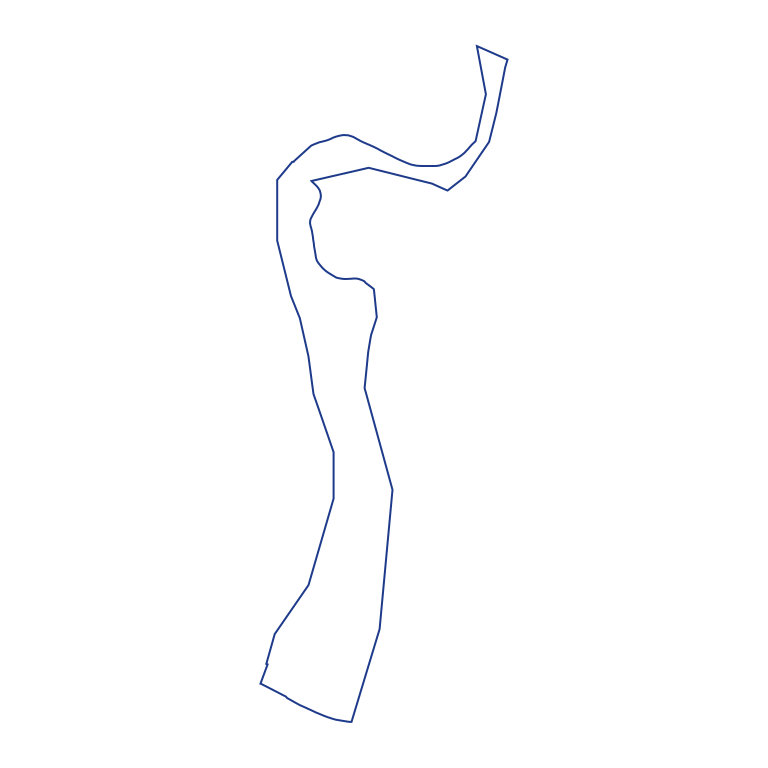 the district of Dennery By Pass, Dennery, Saint Lucia
{"feature_id": "8701671B7729903902665", "entity_name": "Dennery By Pass", "entity_type": "district", "adm_level": 2, "iso_a3": "LCA", "parent_name": "Saint Lucia", "parent_adm1": "Dennery", "projection": "albers", "projection_center": [-60.894, 13.912], "detail": "fine", "context": "isolated", "style": "outline", "palette": "blue", "viewbox_px": 768, "rotation_deg": 0, "n_neighbors": 0, "source": "geoboundaries", "source_scale": "gbopen_adm2", "svg_char_len": 3517}
<svg xmlns="http://www.w3.org/2000/svg" viewBox="0 0 768 768"><path d="M447.6,190.5L465.5,176.5L475.5,161.8L489.1,141.9L496.3,113.1L498.4,102.5L505.2,67.4L506.9,61.7L507.5,59.6L478.1,46.6L476.9,46.1L485.9,94.3L475.6,141.1L474.4,142.3L472.2,144.3L471.0,145.6L470.3,146.4L468.4,148.6L467.9,149.2L466.5,150.6L464.6,152.7L462.2,154.7L459.7,156.6L457.3,158.0L454.8,159.2L451.7,160.8L449.4,162.0L446.7,163.2L445.9,163.5L444.0,164.1L441.1,165.0L439.4,165.5L438.4,165.7L435.6,166.0L433.5,166.0L432.0,166.0L431.2,166.0L429.9,166.0L428.6,166.0L427.3,166.0L425.4,166.0L422.5,166.0L419.5,165.9L416.6,165.7L413.6,165.1L412.1,164.8L410.8,164.5L408.2,163.5L406.9,163.0L405.5,162.4L404.1,161.8L402.9,161.3L400.9,160.4L400.1,160.1L397.3,158.8L394.5,157.4L392.2,156.2L389.5,154.9L386.8,153.6L384.2,152.3L382.9,151.6L381.7,151.0L379.9,150.1L378.6,149.3L376.7,148.3L374.2,147.1L371.4,145.8L368.7,144.6L367.4,144.1L366.1,143.5L363.5,142.4L360.8,141.1L358.4,139.8L357.1,139.1L356.0,138.4L354.3,137.5L353.5,137.0L350.9,136.1L348.2,135.3L344.7,135.1L343.9,135.0L341.1,135.4L338.3,136.0L335.5,136.8L332.8,137.8L331.7,138.4L330.0,139.2L328.4,139.8L327.4,140.2L324.7,141.0L323.4,141.3L321.4,141.8L319.2,142.3L316.5,143.4L313.9,144.4L311.1,145.7L293.9,161.3L293.6,161.9L292.2,161.9L277.2,179.9L277.2,240.6L291.0,296.1L299.0,316.1L299.8,318.0L307.5,352.1L308.1,354.8L308.5,356.7L310.6,372.4L311.3,377.8L313.5,394.1L314.8,397.8L318.4,408.1L327.2,433.6L333.6,452.2L333.6,498.6L308.5,585.1L274.7,634.1L271.7,644.8L267.0,661.5L266.7,662.7L266.3,663.9L267.6,664.4L267.3,665.2L261.6,680.6L261.0,682.2L260.5,683.7L261.3,683.9L262.9,684.8L266.3,686.5L273.1,690.0L276.4,691.7L277.4,692.2L279.9,693.5L283.3,695.3L284.2,695.7L285.9,696.6L286.5,697.3L287.2,698.1L291.2,700.3L292.2,700.9L296.9,703.5L298.1,704.2L299.1,704.7L300.0,705.2L300.7,705.5L301.9,706.0L302.7,706.4L304.1,707.0L306.2,707.9L307.5,708.6L309.0,709.2L309.6,709.5L310.4,709.9L311.2,710.2L312.8,711.0L314.6,711.8L315.5,712.3L316.3,712.6L317.5,713.1L318.5,713.5L319.2,713.8L320.1,714.2L320.9,714.5L322.5,715.2L323.3,715.5L324.0,715.8L324.9,716.2L326.0,716.5L327.7,717.2L329.3,717.7L330.3,718.0L331.3,718.4L332.1,718.6L333.3,719.0L334.4,719.3L335.5,719.6L336.3,719.8L337.1,719.9L338.9,720.2L340.4,720.5L341.3,720.6L342.5,720.8L343.6,721.0L345.7,721.3L347.5,721.6L348.2,721.7L349.0,721.8L349.7,721.9L351.5,721.9L379.6,629.1L389.2,525.4L392.5,489.8L365.7,392.0L365.4,391.0L364.6,388.1L366.7,367.3L367.4,360.2L367.6,358.1L368.2,352.0L370.3,339.3L371.1,335.0L376.8,317.3L374.0,290.2L373.7,289.0L371.8,287.5L365.8,283.0L365.3,282.5L364.4,281.3L363.7,281.0L362.6,280.4L361.9,280.1L359.1,279.1L356.4,278.5L355.4,278.5L353.6,278.5L350.7,278.8L350.0,278.8L347.9,278.9L345.1,279.0L343.4,278.9L342.2,278.8L339.3,278.3L337.9,278.0L336.3,277.6L333.8,276.1L332.4,275.3L331.5,274.7L329.8,273.7L329.0,273.2L328.2,272.7L326.5,271.5L324.3,269.7L322.2,267.6L320.4,265.5L319.5,264.4L318.6,263.3L316.9,260.7L316.0,257.9L315.6,255.1L315.1,252.1L314.6,249.3L314.1,246.5L313.8,243.3L313.3,240.3L313.1,238.8L312.9,236.8L312.5,234.5L312.0,231.4L311.2,228.1L310.5,225.8L310.0,222.9L310.3,220.0L310.9,218.4L311.4,217.4L312.1,216.1L312.7,214.9L314.2,212.3L315.1,210.9L315.8,209.8L317.3,207.1L318.6,204.5L319.5,201.7L319.8,200.8L320.5,199.0L320.9,196.2L320.6,193.5L320.0,191.3L319.8,190.5L319.1,189.4L318.3,188.0L316.5,185.9L315.8,185.2L314.5,183.9L313.3,182.8L312.2,181.8L311.5,181.0L316.6,179.8L368.6,167.8L403.9,176.6L432.0,183.6L438.4,186.5L446.7,190.2L447.6,190.5Z" fill="none" stroke="#1e3a8a" stroke-width="2"/></svg>